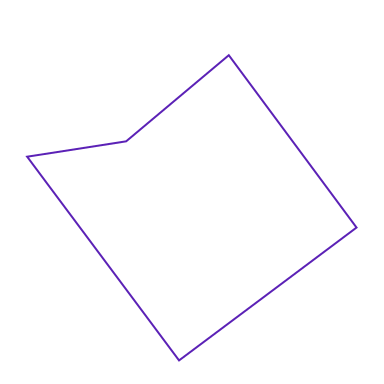 Paso de los Indios, Chubut, Argentina, rotated 53°
{"feature_id": "61730980B85851407891039", "entity_name": "Paso de los Indios", "entity_type": "district", "adm_level": 2, "iso_a3": "ARG", "parent_name": "Argentina", "parent_adm1": "Chubut", "projection": "albers", "projection_center": [-68.882, -44.01], "detail": "fine", "context": "isolated", "style": "outline", "palette": "violet", "viewbox_px": 384, "rotation_deg": 53, "n_neighbors": 0, "source": "geoboundaries", "source_scale": "gbopen_adm2", "svg_char_len": 315}
<svg xmlns="http://www.w3.org/2000/svg" viewBox="0 0 384 384"><g transform="rotate(53 192 192)"><path d="M64.6,302.4L98.8,302.6L163.6,302.9L182.4,303.0L245.8,303.3L318.7,303.7L319.1,189.8L319.4,84.2L319.4,82.0L104.9,80.3L108.8,154.8L111.9,214.1L64.6,302.4Z" fill="none" stroke="#5b21b6" stroke-width="2"/></g></svg>